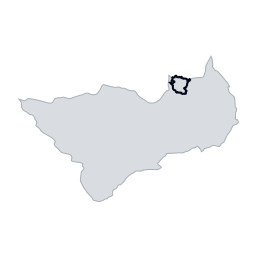 Mbaïki, Lobaye, Central African Republic (highlighted), rotated 182°
{"feature_id": "33826404B24481683700723", "entity_name": "Mbaïki", "entity_type": "district", "adm_level": 2, "iso_a3": "CAF", "parent_name": "Central African Republic", "parent_adm1": "Lobaye", "projection": "orthographic", "projection_center": [17.906, 4.007], "detail": "fine", "context": "in_parent", "style": "outline", "palette": "ink", "viewbox_px": 256, "rotation_deg": 182, "n_neighbors": 0, "source": "geoboundaries", "source_scale": "gbopen_adm2", "svg_char_len": 6489}
<svg xmlns="http://www.w3.org/2000/svg" viewBox="0 0 256 256"><g transform="rotate(182 128 128)"><path d="M180.7,92.5L183.2,93.1L183.6,93.9L183.0,96.4L183.5,97.9L184.9,99.3L186.3,99.8L187.7,100.1L192.4,100.9L194.4,101.8L197.0,104.7L200.3,107.4L201.1,108.8L201.0,110.1L200.1,111.7L200.2,112.3L201.7,113.9L203.5,115.5L206.6,117.2L212.1,120.0L214.6,121.8L215.5,123.2L216.9,124.7L218.9,126.1L220.2,127.2L219.3,130.3L219.6,131.3L220.1,132.2L221.3,133.4L221.7,134.9L222.9,136.9L224.3,137.7L226.5,138.0L227.7,138.9L230.2,140.5L232.6,141.8L233.6,142.7L234.2,143.5L234.8,144.4L235.1,145.4L235.1,147.5L235.6,150.1L236.9,151.8L238.1,153.1L233.2,151.7L232.5,151.6L231.6,151.9L229.1,153.8L228.3,154.0L225.1,153.7L217.4,152.3L211.4,150.9L209.6,150.4L206.4,150.0L204.3,151.0L202.4,154.3L201.8,154.9L198.7,155.9L197.2,155.7L193.6,156.6L188.1,155.3L186.1,155.6L184.5,156.3L180.5,157.8L178.1,158.7L175.3,159.5L172.6,160.7L170.8,161.4L169.1,161.4L167.5,160.7L165.7,160.1L163.6,160.0L161.4,160.4L159.6,161.7L158.9,162.7L157.3,165.2L155.4,169.3L154.7,170.1L154.0,170.5L145.2,168.5L141.5,168.1L138.9,168.7L135.7,167.6L134.3,167.4L133.7,167.7L131.9,167.2L129.0,165.9L126.2,165.3L123.7,165.5L122.2,165.0L121.0,163.7L119.4,161.2L116.5,158.8L112.7,156.8L110.3,155.3L109.4,154.4L107.3,153.8L104.2,153.7L101.1,154.7L96.8,157.8L92.8,164.1L90.5,166.5L88.7,167.1L88.3,168.6L89.2,171.0L89.4,173.8L88.8,178.5L89.0,182.0L88.0,181.4L87.1,179.8L86.7,179.5L84.0,180.2L82.6,180.9L81.9,181.5L81.3,181.6L80.5,180.7L79.8,180.6L78.8,180.7L77.7,180.7L77.0,180.6L76.5,180.7L75.3,180.1L70.7,178.8L69.9,178.4L69.0,178.4L66.6,179.6L65.4,179.9L61.6,180.6L57.5,181.0L55.9,181.0L54.9,181.5L54.2,182.2L52.9,186.5L52.6,187.3L52.6,188.4L52.3,191.9L52.4,193.0L47.5,202.6L46.7,201.0L46.2,199.1L46.0,197.0L46.2,196.4L45.8,195.8L45.4,194.0L45.8,192.9L45.5,191.7L44.6,190.5L43.7,189.6L43.2,188.8L42.8,188.5L41.9,188.3L40.6,187.9L35.2,182.3L29.6,175.9L28.5,173.9L28.0,172.7L29.4,172.5L29.7,172.3L29.7,171.8L28.9,170.1L28.5,168.1L27.8,166.8L25.6,164.9L23.5,163.4L22.9,162.6L22.5,161.5L21.7,154.7L21.4,152.7L20.7,151.9L20.2,151.5L20.1,151.0L20.2,149.8L20.4,148.7L20.4,148.3L21.0,147.3L21.0,141.0L20.4,140.1L19.1,140.1L18.4,139.2L17.9,138.0L18.1,137.2L19.3,135.9L20.1,135.4L22.5,134.4L23.2,133.9L23.6,133.3L23.9,132.5L25.3,129.2L27.3,126.0L28.2,125.3L30.3,120.6L30.8,119.3L31.2,118.1L31.9,117.1L34.1,115.5L35.8,112.7L37.7,112.9L39.6,113.3L42.0,113.6L43.9,113.0L45.2,111.9L51.1,110.0L51.5,108.5L52.5,107.7L53.6,107.0L53.9,106.9L54.0,107.4L54.7,109.0L56.0,110.6L58.0,112.3L58.5,112.2L59.8,110.9L62.8,110.1L63.6,109.7L65.8,107.8L68.4,106.6L70.0,106.2L72.6,104.9L74.5,105.1L77.6,104.9L82.6,104.3L86.3,104.1L88.1,103.9L88.6,103.6L89.3,101.8L89.9,101.3L91.2,100.5L93.9,97.7L95.7,95.4L96.2,94.6L96.6,94.4L97.3,93.4L96.6,92.4L93.6,90.4L93.6,90.1L93.4,89.7L93.6,89.5L94.7,88.6L96.3,87.7L97.9,87.3L102.2,87.4L105.9,87.2L106.8,87.2L109.6,86.7L111.6,86.3L113.6,85.3L118.1,85.4L121.9,82.8L123.0,82.4L123.5,82.0L123.6,81.6L125.4,80.6L127.3,78.5L128.9,76.6L129.3,75.3L133.5,70.9L135.0,71.0L135.8,70.4L137.4,67.4L137.9,66.9L139.7,66.4L140.5,65.5L141.2,64.2L141.2,62.6L140.9,61.3L140.9,60.6L141.3,60.1L141.9,59.5L145.2,57.9L146.0,57.1L146.5,56.4L147.4,56.3L148.4,56.3L149.0,55.9L149.7,55.2L151.9,54.2L154.0,53.4L156.1,53.7L160.1,54.7L161.3,56.8L161.9,57.5L166.9,62.5L167.8,63.7L170.3,67.3L171.8,69.7L173.6,73.2L173.8,75.1L173.6,76.8L173.3,81.4L172.9,82.8L170.8,85.3L170.7,86.4L171.2,87.4L171.9,87.8L172.3,88.2L172.0,90.4L172.8,91.2L174.5,91.8L178.5,92.2L180.7,92.5Z" fill="#d9dde1" stroke="#a8b0b8" stroke-width="1"/><path d="M87.4,174.8L86.8,174.3L86.7,173.9L86.6,173.7L86.3,173.6L85.8,173.4L85.6,172.9L85.2,172.5L84.5,172.0L84.5,171.6L84.6,171.1L84.7,170.6L84.5,169.8L84.5,169.2L84.1,168.4L83.3,167.5L82.3,167.4L81.9,167.2L81.4,165.9L81.1,165.5L80.7,165.2L80.6,165.3L80.5,165.5L80.3,165.5L80.1,165.6L79.9,165.7L79.7,165.7L79.5,165.4L79.5,165.2L79.4,165.2L79.2,165.3L78.9,165.2L78.6,165.2L78.3,165.1L77.9,165.1L77.6,165.1L77.4,165.1L77.2,165.3L76.9,165.3L76.7,165.1L76.4,165.1L76.1,165.1L75.9,165.1L75.8,164.9L75.7,164.6L75.7,164.4L75.3,164.3L75.1,164.2L74.9,164.0L74.6,163.9L74.3,164.0L74.2,164.1L73.8,164.1L73.6,164.1L73.4,164.1L73.1,164.1L73.0,164.3L72.9,164.4L72.6,164.4L72.4,164.4L72.1,164.2L71.9,164.2L71.7,164.2L71.5,164.3L71.4,164.5L71.3,164.8L71.3,165.1L71.5,166.0L71.5,166.4L71.4,166.5L71.2,166.7L70.9,166.8L70.8,167.0L71.0,167.2L71.1,167.3L71.4,167.5L71.5,167.7L71.6,168.0L72.1,168.5L72.5,168.7L72.6,168.8L72.8,168.9L73.1,169.3L73.3,169.6L73.2,169.9L72.2,170.5L71.5,170.6L71.5,170.9L71.4,171.0L71.2,171.2L71.1,171.4L71.0,171.9L70.4,172.9L70.6,173.9L70.4,174.4L70.1,175.0L70.0,175.4L70.1,175.6L70.0,175.8L69.8,175.9L69.6,176.1L69.6,176.3L70.0,176.4L70.1,176.5L70.3,177.0L70.2,177.2L69.8,177.2L69.4,177.1L69.0,177.2L68.7,177.4L68.4,177.3L68.2,177.4L68.1,177.5L67.9,177.6L67.7,178.0L67.6,178.4L67.9,179.3L67.9,179.2L68.0,179.2L68.2,178.9L68.3,178.8L68.3,178.7L68.5,178.6L68.7,178.4L68.8,178.4L69.1,178.4L69.2,178.2L69.3,178.2L69.5,177.9L69.8,177.9L69.9,178.0L70.0,178.0L70.2,178.3L70.3,178.4L70.5,178.4L70.6,178.5L70.8,178.5L71.0,178.7L71.0,178.8L71.1,179.0L71.3,179.0L71.5,179.1L71.8,179.2L71.9,179.3L72.0,179.4L72.3,179.4L72.5,179.4L72.8,179.3L73.0,179.4L73.3,179.4L73.5,179.4L73.8,179.4L74.0,179.3L74.1,179.2L74.3,179.3L74.5,179.4L74.6,179.5L74.8,179.6L75.0,179.6L75.3,179.5L75.5,179.5L75.8,179.7L75.8,179.8L75.8,180.0L76.0,180.3L76.1,180.5L76.1,180.9L76.2,181.0L76.3,181.0L76.4,180.9L76.5,180.8L76.6,180.7L76.8,180.7L77.0,180.7L77.3,180.6L77.4,180.4L77.5,180.3L77.8,180.5L78.0,180.7L78.1,180.8L78.3,180.9L78.5,180.9L78.8,180.8L78.9,180.7L79.0,180.6L79.3,180.5L79.5,180.5L79.6,180.4L79.8,180.5L80.0,180.5L80.3,180.5L80.5,180.5L80.8,180.6L81.0,180.7L81.1,180.8L81.3,180.9L81.3,181.0L81.4,181.3L81.4,181.5L81.5,181.8L81.9,181.9L82.0,181.9L82.3,181.8L82.4,181.7L82.5,181.7L82.7,181.4L82.8,181.3L82.9,181.2L82.9,180.9L83.0,180.8L83.0,180.7L83.1,180.4L83.2,180.2L83.4,180.2L83.5,180.2L83.6,180.3L83.8,180.2L84.0,180.2L84.3,180.1L84.5,180.1L84.8,180.1L85.0,180.1L85.2,180.3L85.3,180.3L85.4,180.2L85.5,180.1L85.5,179.9L85.1,179.3L85.1,179.0L85.3,179.0L85.3,178.9L85.3,178.6L85.2,178.4L85.3,178.1L85.5,177.9L85.6,177.5L85.7,177.4L85.7,177.2L85.9,177.0L86.0,176.9L85.9,176.7L85.6,176.8L85.4,176.8L85.2,176.9L84.5,176.4L84.0,176.4L83.7,176.4L83.4,176.2L83.2,175.8L83.7,175.3L84.3,174.6L84.7,174.4L84.9,174.2L85.2,174.0L85.4,174.0L85.5,174.0L85.8,174.3L86.2,174.6L86.4,174.8L86.7,174.8L87.0,174.9L87.4,174.8Z" fill="none" stroke="#020617" stroke-width="2"/></g></svg>